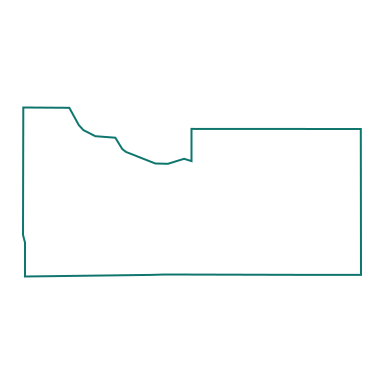 outline of Major, Oklahoma, United States of America
{"feature_id": "52423323B7041002082937", "entity_name": "Major", "entity_type": "district", "adm_level": 2, "iso_a3": "USA", "parent_name": "United States of America", "parent_adm1": "Oklahoma", "projection": "mercator", "projection_center": [-98.633, 36.334], "detail": "fine", "context": "isolated", "style": "outline", "palette": "teal", "viewbox_px": 384, "rotation_deg": 0, "n_neighbors": 0, "source": "geoboundaries", "source_scale": "gbopen_adm2", "svg_char_len": 383}
<svg xmlns="http://www.w3.org/2000/svg" viewBox="0 0 384 384"><path d="M318.9,274.9L361.0,274.9L360.8,129.0L191.5,128.9L191.5,161.1L184.1,158.8L167.9,163.8L155.3,163.5L126.1,152.0L122.3,149.1L115.3,137.7L95.3,136.2L83.4,130.1L78.8,125.1L69.3,107.8L23.3,107.5L23.0,234.9L25.0,242.6L25.0,276.5L150.8,274.9L164.9,274.5L318.9,274.9Z" fill="none" stroke="#0f766e" stroke-width="2"/></svg>